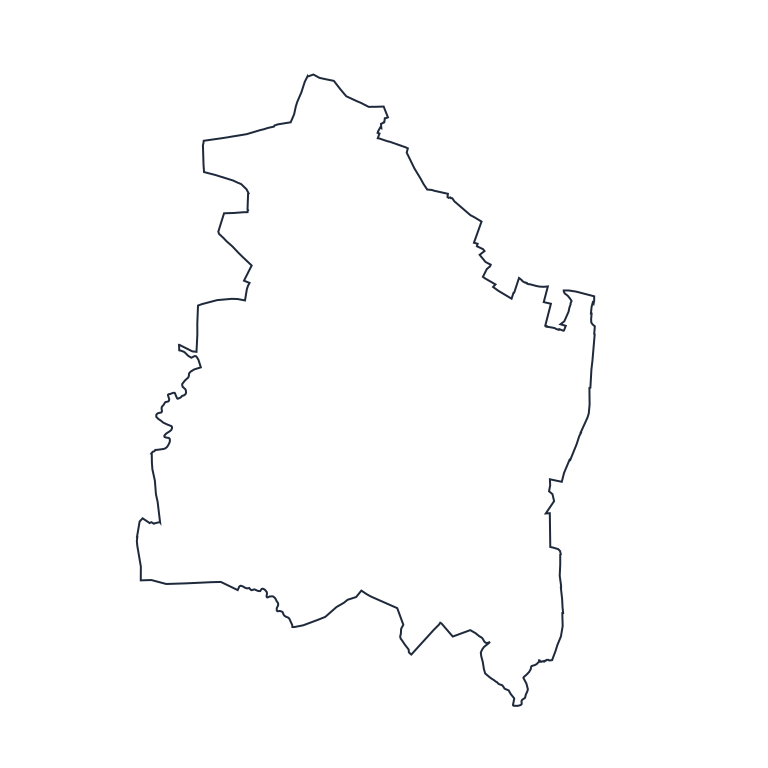 Griškānu pag., Rezeknes, Latvia (Mercator projection), rotated 110°
{"feature_id": "27541924B86599221750304", "entity_name": "Griškānu pag.", "entity_type": "district", "adm_level": 2, "iso_a3": "LVA", "parent_name": "Latvia", "parent_adm1": "Rezeknes", "projection": "mercator", "projection_center": [27.435, 56.489], "detail": "fine", "context": "isolated", "style": "outline", "palette": "slate", "viewbox_px": 768, "rotation_deg": 110, "n_neighbors": 0, "source": "geoboundaries", "source_scale": "gbopen_adm2", "svg_char_len": 6166}
<svg xmlns="http://www.w3.org/2000/svg" viewBox="0 0 768 768"><g transform="rotate(110 384 384)"><path d="M121.1,560.7L121.1,560.9L120.9,561.1L127.2,561.8L138.3,561.4L148.5,562.0L153.3,561.8L161.3,560.7L170.0,561.2L176.3,572.5L178.5,575.3L179.8,575.5L183.1,580.7L185.7,584.0L187.5,586.8L196.2,598.5L208.1,619.7L217.1,636.6L219.1,636.1L221.6,635.8L239.4,628.7L246.4,625.6L245.3,614.4L244.4,595.5L244.8,591.0L245.0,586.6L248.1,579.7L251.2,576.4L251.7,576.8L266.8,571.9L267.1,571.2L267.6,571.4L269.2,571.0L270.7,574.9L274.6,583.5L278.3,592.7L297.5,591.8L299.4,590.3L301.7,584.8L303.7,580.8L306.6,573.4L310.3,566.1L313.1,560.0L317.9,548.9L334.8,550.9L335.0,544.9L338.3,545.4L341.8,545.3L353.0,543.2L354.2,550.5L356.0,556.1L362.2,569.4L371.2,582.4L373.9,585.6L391.1,580.1L401.4,576.3L417.9,571.2L418.9,575.3L417.2,589.7L417.3,590.0L422.4,587.9L422.1,585.7L422.2,583.0L422.5,581.9L424.5,577.6L425.2,574.0L422.8,571.8L422.4,571.1L422.2,570.1L423.1,568.6L424.9,566.5L431.0,561.8L435.2,567.3L438.3,569.8L440.4,570.7L441.4,570.7L442.8,570.2L444.7,570.1L448.7,572.2L452.8,573.6L453.8,573.4L455.5,572.3L456.8,569.0L457.6,568.1L459.9,567.0L461.6,567.1L463.2,568.2L464.0,569.4L464.5,569.8L465.7,570.2L466.7,570.9L468.3,572.6L468.4,573.1L468.0,573.8L464.3,577.2L463.9,577.7L464.6,579.4L466.3,581.2L467.2,582.8L468.0,583.3L468.4,583.2L471.8,580.6L473.4,580.4L474.4,581.0L475.5,582.8L476.1,583.4L479.1,584.0L481.2,584.9L482.7,584.8L485.6,583.3L486.9,583.5L488.6,586.2L489.7,587.1L490.8,587.4L492.7,586.8L494.0,584.2L494.7,581.3L495.8,578.2L496.2,573.6L496.3,569.3L497.1,568.4L498.1,568.1L499.4,568.1L500.4,568.4L501.6,569.1L504.9,571.6L506.8,572.5L508.0,572.7L508.9,572.0L508.9,570.8L508.4,568.3L508.4,567.4L509.1,566.4L510.2,565.9L511.9,565.5L515.1,565.8L517.5,566.4L519.3,567.5L520.5,569.0L523.9,575.5L524.1,576.3L525.7,576.8L526.8,578.2L529.1,578.9L529.2,578.3L537.3,575.2L543.3,572.5L553.3,566.2L565.6,560.6L572.2,556.4L590.6,547.1L590.4,547.4L593.7,552.4L594.0,552.5L593.4,555.3L594.9,556.8L594.6,557.5L592.8,564.9L596.8,566.6L612.2,563.8L612.1,563.5L616.2,562.5L620.4,560.5L638.8,550.0L651.7,545.4L647.8,535.6L646.4,520.2L638.9,501.5L629.5,479.0L625.8,469.6L627.7,451.0L623.8,450.7L622.7,449.9L622.5,449.1L622.5,447.0L622.9,445.5L623.0,444.1L622.8,442.5L621.8,440.9L622.6,439.6L623.1,438.1L623.0,437.9L621.4,435.7L621.3,435.3L621.5,432.8L621.5,431.3L621.1,429.8L620.9,429.5L619.0,429.1L618.3,428.7L617.9,428.2L617.8,427.5L617.9,426.4L618.3,425.1L619.7,422.9L621.2,422.2L623.3,421.9L624.3,421.3L624.5,420.8L624.3,420.3L622.9,418.9L621.7,416.4L621.6,415.7L621.7,415.0L622.3,413.5L623.0,412.4L624.7,410.7L625.9,408.9L626.5,408.4L628.1,407.8L631.4,408.1L633.5,407.3L633.9,406.6L633.9,406.1L633.0,404.5L632.8,402.8L632.9,401.7L633.1,401.2L635.0,399.5L635.7,398.6L636.2,396.8L636.3,394.2L636.8,392.8L641.9,387.8L643.7,387.0L643.1,385.2L638.4,377.4L628.5,365.8L622.9,359.5L609.9,352.4L603.2,346.8L599.2,344.4L593.7,337.3L585.9,334.6L587.4,328.5L588.2,323.6L590.1,294.9L603.5,283.6L604.0,283.5L606.8,284.0L608.4,284.1L613.1,282.7L615.6,282.5L617.1,281.6L617.6,281.2L618.8,279.3L621.7,275.4L625.1,270.0L627.5,268.9L627.9,268.4L628.9,265.8L597.9,253.1L591.3,250.0L589.1,249.5L589.5,247.8L597.8,233.0L585.9,218.9L585.9,217.7L586.1,217.1L586.8,212.9L588.4,208.3L588.9,205.4L589.5,204.3L591.9,201.4L592.4,199.8L591.9,198.0L590.1,196.2L591.3,196.7L596.9,200.1L599.7,200.9L603.2,201.2L606.4,199.6L611.3,196.2L617.9,192.5L621.4,189.9L623.4,184.5L624.3,181.3L624.5,180.0L625.4,177.1L625.6,175.7L626.6,173.9L626.7,171.9L626.6,170.1L627.4,168.6L628.9,166.7L629.1,166.0L629.3,162.0L631.9,159.0L634.7,154.4L635.1,154.0L641.6,153.0L641.9,152.6L642.0,152.2L640.9,148.7L639.7,146.7L638.8,145.7L637.8,145.2L636.9,145.4L635.4,146.2L634.5,146.3L633.5,146.1L630.6,144.1L627.5,144.5L623.8,144.2L621.6,144.4L616.7,147.8L612.5,152.5L611.3,152.3L608.5,150.7L604.9,149.1L601.6,148.6L599.6,149.0L598.5,148.8L597.0,146.7L595.9,145.5L594.5,144.5L593.3,144.1L592.1,143.1L590.7,143.8L590.5,143.2L590.8,142.7L591.4,142.3L591.4,141.4L590.9,141.1L590.3,139.8L590.3,139.5L589.9,139.4L589.9,138.4L589.2,138.3L588.8,137.4L588.2,137.3L587.4,136.5L587.0,135.0L587.2,134.6L587.2,133.9L586.0,131.6L575.8,131.5L570.0,131.8L560.7,131.4L550.4,133.3L538.3,138.1L538.0,137.3L532.9,139.8L525.3,143.0L514.8,148.2L514.7,148.0L513.2,148.5L504.1,153.3L493.5,156.6L484.2,160.0L483.6,159.6L480.8,161.4L479.6,163.8L479.9,169.3L480.3,172.0L448.7,184.0L450.3,187.7L435.9,184.1L429.9,188.0L428.4,192.2L422.4,193.2L416.8,195.5L415.1,183.5L405.8,184.4L391.6,183.7L391.7,183.0L374.4,182.4L366.3,182.7L362.5,182.2L362.5,182.6L345.9,181.3L341.7,181.5L332.9,183.8L317.5,189.6L316.9,188.8L299.3,194.1L291.2,196.0L265.3,203.0L265.1,203.6L257.7,205.6L256.7,208.3L255.4,210.2L252.4,211.5L246.8,213.0L247.0,213.7L240.5,215.3L236.1,215.7L236.9,214.5L233.8,215.0L229.7,216.5L231.5,235.3L233.0,242.7L234.6,247.1L235.6,246.7L237.1,245.2L237.6,243.4L238.3,241.4L240.3,238.1L241.9,236.1L244.3,236.3L245.3,235.9L248.8,235.9L252.8,235.3L263.4,236.0L267.5,238.6L267.2,233.1L272.2,233.2L272.6,233.7L272.5,238.1L273.3,238.2L273.4,240.4L273.1,243.1L274.1,248.8L274.6,250.9L273.9,251.0L274.1,252.4L251.5,254.6L252.4,261.9L236.3,263.4L238.1,267.3L239.2,270.9L239.7,273.6L240.4,281.2L240.8,282.4L240.7,284.3L240.3,284.3L240.2,285.9L240.5,286.4L240.2,288.1L239.8,289.4L239.2,290.3L238.2,293.4L253.1,292.9L253.8,293.0L254.0,293.5L260.2,293.3L257.3,308.5L255.5,314.7L252.3,313.3L250.2,325.2L249.5,327.7L240.8,326.7L237.2,324.6L235.4,324.5L234.6,330.4L229.9,338.3L224.7,335.0L223.4,337.1L222.8,343.8L220.2,344.0L220.5,347.8L198.0,347.9L196.3,356.7L195.8,360.5L188.3,380.3L186.1,383.4L186.5,384.8L186.0,385.4L186.6,386.5L187.0,386.9L186.6,388.3L183.4,389.0L185.2,402.7L185.3,405.5L186.5,409.9L182.6,415.2L178.3,420.1L171.0,429.2L158.8,441.8L154.4,442.2L154.2,444.7L154.4,461.7L154.7,463.6L154.9,472.5L155.2,473.9L150.2,473.9L150.2,475.9L148.1,475.9L144.3,475.3L144.5,474.0L140.6,475.8L138.3,473.5L138.1,473.7L137.7,473.3L134.0,474.1L133.6,473.2L132.1,471.5L123.4,479.2L126.7,487.5L128.8,493.2L127.7,502.1L127.5,506.6L126.5,517.9L121.8,526.1L116.3,534.8L117.6,543.4L118.4,549.4L117.5,555.0L117.4,556.3L121.1,560.7Z" fill="none" stroke="#1e293b" stroke-width="2"/></g></svg>